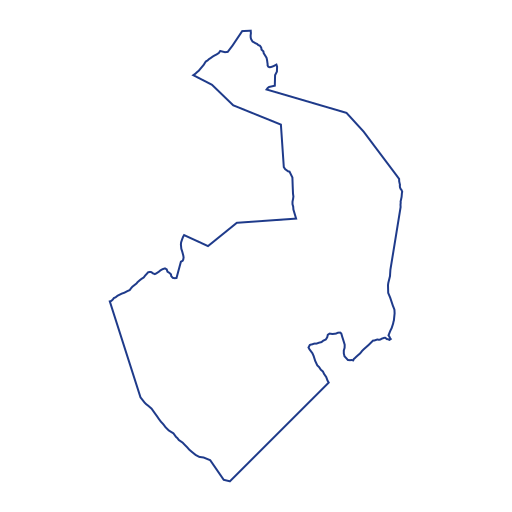 the district of Santa María Sola, Oaxaca, Mexico
{"feature_id": "50627088B10783162199748", "entity_name": "Santa María Sola", "entity_type": "district", "adm_level": 2, "iso_a3": "MEX", "parent_name": "Mexico", "parent_adm1": "Oaxaca", "projection": "equal_earth", "projection_center": [-97.028, 16.567], "detail": "fine", "context": "isolated", "style": "outline", "palette": "blue", "viewbox_px": 512, "rotation_deg": 0, "n_neighbors": 0, "source": "geoboundaries", "source_scale": "gbopen_adm2", "svg_char_len": 3519}
<svg xmlns="http://www.w3.org/2000/svg" viewBox="0 0 512 512"><path d="M374.7,146.4L363.6,131.6L346.5,112.9L323.0,106.0L266.6,89.5L267.7,88.0L269.0,87.0L274.8,85.7L275.0,78.2L275.1,75.1L276.9,71.6L277.0,69.0L277.1,66.7L276.4,64.6L273.8,66.0L272.0,66.7L270.7,67.1L269.3,67.2L268.2,66.6L267.6,65.4L267.6,63.9L267.4,62.7L267.2,61.1L266.9,59.3L266.5,57.7L264.9,55.1L263.7,53.2L263.4,51.4L261.5,49.6L261.3,47.9L260.7,46.8L259.9,45.7L258.3,45.1L257.2,44.0L255.2,43.1L254.3,42.5L252.6,41.6L252.2,41.0L251.1,39.1L250.7,37.6L250.6,35.6L250.9,33.1L250.7,30.9L250.7,30.7L242.2,31.1L234.9,42.0L232.5,45.6L227.7,51.9L225.0,52.2L220.2,51.0L218.9,52.9L217.6,53.8L216.5,54.5L214.7,55.4L212.8,56.5L210.6,58.1L209.0,59.1L207.3,60.7L206.4,61.0L205.3,62.2L203.8,64.7L202.9,65.8L200.7,68.4L198.7,70.8L197.2,72.0L195.4,73.7L193.3,75.2L212.0,84.8L233.2,105.3L280.9,124.6L283.8,167.1L285.2,169.2L288.2,171.4L289.5,171.6L292.4,177.5L292.7,186.4L293.0,193.6L293.4,196.5L293.1,198.7L292.5,201.7L292.5,204.2L293.2,206.7L293.4,209.5L296.1,218.6L236.8,222.8L208.0,246.1L184.1,235.1L183.1,236.8L182.2,239.1L181.1,242.4L180.9,244.5L181.3,248.7L182.3,251.8L183.3,255.6L183.6,257.5L183.2,259.7L182.6,260.8L180.9,261.7L176.5,278.0L174.8,278.2L172.9,277.9L172.0,277.0L171.2,276.0L171.0,274.4L169.3,272.8L167.5,271.7L166.7,269.4L165.0,268.4L162.5,269.2L160.4,270.4L158.9,271.7L156.1,273.5L154.8,274.1L153.9,273.7L152.8,273.3L151.5,272.2L150.0,271.9L148.1,272.3L146.8,273.8L145.2,275.5L143.7,277.5L141.6,278.8L139.8,280.2L137.4,282.3L136.6,283.4L132.4,286.7L131.0,288.3L129.7,290.1L127.4,291.1L124.4,292.7L121.8,293.6L120.2,294.4L117.6,295.7L115.6,297.3L113.8,298.1L113.0,299.3L112.0,300.3L111.1,301.0L110.2,301.3L109.8,301.4L140.5,397.4L144.6,402.6L146.2,404.2L148.3,405.8L151.6,408.7L154.8,413.2L157.4,416.8L158.8,418.9L160.9,421.7L162.8,423.7L163.8,424.9L165.5,427.2L168.7,430.4L171.4,432.1L173.4,433.3L176.0,436.9L177.4,438.1L178.8,440.0L182.6,442.6L184.7,444.8L187.2,447.3L189.2,449.6L192.0,452.0L195.7,455.0L199.3,456.9L203.6,457.5L210.2,460.2L223.7,479.8L229.9,481.3L328.7,382.6L327.5,380.5L326.2,377.0L324.1,374.0L322.9,371.5L320.8,369.7L319.1,367.1L317.3,365.4L315.2,360.9L313.6,355.9L312.4,353.2L311.1,351.5L309.4,349.2L308.9,348.2L308.5,347.5L309.8,345.0L310.8,344.6L312.0,344.4L314.3,343.6L316.5,343.6L319.0,342.7L321.5,342.1L323.2,340.7L325.8,339.5L327.2,337.3L327.8,334.8L329.6,333.6L332.5,334.0L336.0,333.6L336.6,333.3L338.0,332.7L340.3,332.6L341.3,333.6L341.6,334.6L342.2,336.7L343.1,339.5L344.0,342.4L344.7,344.8L344.6,347.8L343.8,350.5L343.8,353.4L344.5,356.3L346.2,358.1L347.9,360.0L350.0,360.2L351.6,360.0L353.2,360.4L353.8,359.0L354.8,358.2L356.0,357.0L358.0,355.2L360.0,353.5L361.1,352.2L362.0,351.0L363.6,349.4L364.6,348.5L368.9,344.7L372.0,341.6L373.0,340.6L374.4,340.5L375.8,340.0L377.3,339.5L379.0,339.8L380.4,339.5L381.7,338.7L383.2,338.2L384.3,337.8L384.9,337.8L385.3,337.8L386.9,339.1L388.0,339.2L389.4,339.9L390.7,339.0L390.2,338.4L389.4,336.7L388.5,335.3L388.7,334.9L389.7,332.3L390.2,331.1L390.5,330.4L391.7,328.0L392.1,326.7L392.9,324.3L393.2,323.2L393.4,322.1L393.9,320.3L394.6,313.4L394.5,310.9L394.4,309.6L393.4,307.0L392.9,305.8L390.2,297.7L388.2,292.9L388.0,285.1L388.3,282.9L390.0,276.1L390.1,274.1L390.4,269.7L394.3,245.9L400.6,207.1L400.5,204.6L400.7,202.8L400.6,201.5L401.0,199.8L401.3,198.3L401.6,196.9L401.8,194.5L401.9,193.2L402.2,191.7L401.4,189.8L400.6,188.9L400.0,187.4L399.8,185.7L400.0,185.0L399.5,182.8L399.2,181.4L399.1,178.9L394.5,172.7L374.7,146.4Z" fill="none" stroke="#1e3a8a" stroke-width="2"/></svg>